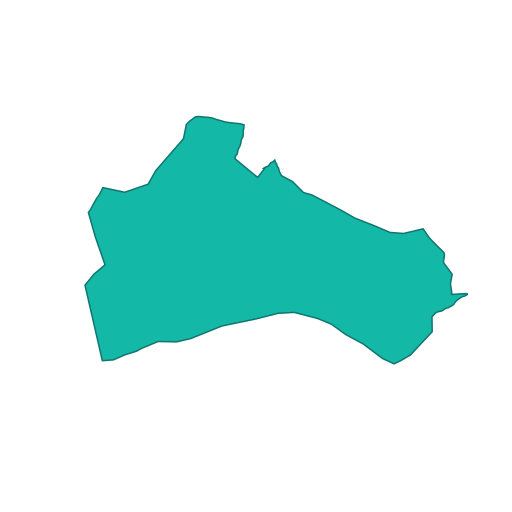 Oguta, Imo, Nigeria, rotated 338°
{"feature_id": "59680162B16893313163973", "entity_name": "Oguta", "entity_type": "district", "adm_level": 2, "iso_a3": "NGA", "parent_name": "Nigeria", "parent_adm1": "Imo", "projection": "mercator", "projection_center": [6.853, 5.658], "detail": "fine", "context": "isolated", "style": "filled", "palette": "teal", "viewbox_px": 512, "rotation_deg": 338, "n_neighbors": 0, "source": "geoboundaries", "source_scale": "gbopen_adm2", "svg_char_len": 2013}
<svg xmlns="http://www.w3.org/2000/svg" viewBox="0 0 512 512"><g transform="rotate(338 256 256)"><path d="M437.5,370.9L437.7,370.3L436.4,369.4L423.0,364.9L424.1,362.3L425.8,354.7L431.0,346.5L428.8,337.7L427.6,333.5L427.6,331.9L428.1,330.8L430.4,327.0L431.4,324.9L431.5,323.2L430.8,321.5L428.4,316.1L427.1,312.9L424.7,307.2L423.3,303.3L421.1,293.4L401.3,290.4L389.0,284.3L378.6,273.8L370.2,265.8L361.6,257.6L352.1,245.5L330.8,220.4L323.8,215.0L317.8,200.8L309.8,191.1L309.3,186.7L309.8,182.7L309.5,181.4L309.2,180.2L309.7,178.8L309.1,178.0L309.4,176.9L309.1,176.2L309.3,174.1L306.9,175.1L304.9,175.0L304.2,175.3L301.9,176.8L300.7,177.2L299.6,177.3L298.6,177.1L295.7,177.6L296.4,178.3L287.0,183.7L283.9,178.2L273.0,158.0L273.2,157.6L273.8,156.6L274.2,155.9L274.7,155.5L275.4,155.2L275.6,155.0L276.0,155.0L276.5,154.6L276.9,154.2L277.4,153.5L278.4,152.0L279.2,150.7L280.2,149.9L281.1,148.9L282.0,148.3L282.8,147.4L283.7,146.4L285.5,143.6L286.2,142.4L286.9,141.8L287.5,141.4L288.1,140.9L288.6,140.5L288.9,140.1L289.4,139.1L289.8,138.1L290.4,136.7L290.9,135.4L291.8,134.2L292.5,133.0L294.1,129.9L290.5,127.2L287.0,125.4L284.5,124.1L280.2,121.7L277.8,120.3L273.5,116.9L269.9,114.2L268.2,112.5L266.2,111.1L262.9,109.1L260.6,108.1L257.6,106.4L254.6,105.0L252.2,104.3L244.9,106.1L240.7,107.9L232.7,120.1L195.0,139.3L182.9,149.0L158.1,147.7L139.6,135.2L135.9,138.6L133.5,140.6L129.8,142.9L124.7,146.9L120.0,150.9L116.9,152.9L114.2,177.8L112.7,207.6L98.8,212.2L86.5,219.0L83.0,241.0L74.3,295.5L84.9,298.9L96.8,298.5L109.7,299.5L115.4,298.8L133.2,298.6L150.3,305.9L164.5,308.1L198.0,308.1L232.9,314.4L255.0,317.4L270.3,322.6L289.7,337.0L300.3,347.4L309.8,362.5L322.5,377.8L334.8,398.3L343.6,407.7L350.6,407.3L362.2,405.6L391.0,392.2L396.4,378.3L401.0,376.1L402.2,375.9L404.0,375.9L407.4,376.5L408.1,376.5L410.8,375.9L413.4,375.6L414.7,376.0L418.7,375.5L419.9,375.4L421.3,374.9L423.1,373.6L425.2,372.6L427.8,371.8L432.0,371.0L434.0,371.3L436.2,371.1L437.5,370.9Z" fill="#14b8a6" stroke="#0f766e" stroke-width="1.5"/></g></svg>